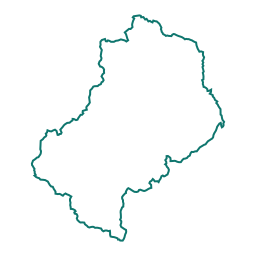 Pedras Altas, Rio Grande do Sul, Brazil (Albers equal-area conic projection)
{"feature_id": "56859067B17003984772313", "entity_name": "Pedras Altas", "entity_type": "district", "adm_level": 2, "iso_a3": "BRA", "parent_name": "Brazil", "parent_adm1": "Rio Grande do Sul", "projection": "albers", "projection_center": [-53.699, -31.846], "detail": "fine", "context": "isolated", "style": "outline", "palette": "teal", "viewbox_px": 256, "rotation_deg": 0, "n_neighbors": 0, "source": "geoboundaries", "source_scale": "gbopen_adm2", "svg_char_len": 5117}
<svg xmlns="http://www.w3.org/2000/svg" viewBox="0 0 256 256"><path d="M34.5,175.6L36.2,177.1L37.8,177.8L39.2,178.2L40.4,179.6L41.6,179.7L43.2,179.8L45.2,180.1L46.5,180.8L47.9,181.6L48.7,183.1L49.8,185.0L51.2,186.5L52.8,186.8L53.7,188.8L54.5,190.0L55.5,191.6L55.5,193.7L57.8,194.1L59.5,193.9L60.6,194.3L61.9,195.2L62.9,195.7L63.8,194.6L65.5,193.5L67.3,194.5L68.8,195.0L70.3,196.0L71.3,196.5L70.7,197.6L70.0,199.1L70.0,200.8L70.5,202.7L70.2,205.1L70.6,206.8L70.8,208.9L72.2,209.0L73.3,209.3L74.9,210.2L75.6,211.2L74.3,212.4L74.7,213.6L76.6,214.1L77.4,215.5L77.5,216.7L76.8,218.3L77.5,220.1L78.4,220.9L79.3,221.8L80.4,222.5L82.3,222.4L84.3,222.6L84.9,224.2L86.0,225.1L87.1,225.9L87.9,226.9L89.3,227.5L91.1,227.0L92.3,226.8L93.6,226.9L95.0,227.8L97.0,227.7L98.4,227.9L99.6,228.2L101.1,228.5L102.1,230.3L103.4,231.3L105.1,230.5L106.7,230.5L108.4,231.1L109.9,230.8L110.1,232.7L110.1,234.9L110.6,236.5L112.2,236.9L114.0,237.1L115.7,237.6L117.5,238.3L118.0,239.6L119.3,239.5L120.1,240.5L121.2,240.6L122.7,240.6L123.8,238.9L124.5,237.2L124.9,235.5L125.4,233.9L126.0,232.8L126.2,231.5L126.0,229.9L124.6,229.2L123.0,228.1L121.2,226.9L120.5,225.1L121.2,223.1L121.3,221.2L120.1,219.6L120.9,218.0L120.9,216.4L120.8,214.1L120.6,212.4L120.7,210.8L121.5,209.0L122.1,207.4L123.3,206.6L123.3,205.3L123.5,203.6L123.0,201.8L123.0,200.2L122.2,198.7L122.1,197.1L123.0,195.7L124.2,194.4L125.0,193.5L126.0,193.0L125.9,191.6L126.5,190.5L127.2,189.2L128.3,188.2L129.9,189.0L131.4,190.0L133.0,191.0L134.4,191.8L136.7,192.0L138.3,191.4L139.0,190.0L140.3,189.7L141.6,190.2L142.7,190.6L144.1,191.0L145.3,190.7L146.7,190.0L148.1,189.1L149.7,188.3L151.3,187.9L151.2,186.3L151.1,184.8L149.4,183.1L150.0,181.7L151.5,180.8L152.8,179.0L153.8,179.9L154.7,181.3L156.4,181.3L157.5,181.2L158.6,182.1L159.4,180.3L160.6,178.6L161.5,176.2L162.8,175.5L164.0,176.4L165.3,175.9L166.2,175.2L167.5,174.5L168.1,172.8L168.6,171.5L168.9,169.8L168.1,168.0L166.9,166.8L166.2,165.1L165.2,164.3L166.4,163.3L166.2,161.7L165.3,160.1L166.6,158.5L166.6,156.1L167.9,156.0L169.2,156.9L170.3,157.8L170.6,159.4L170.5,161.1L172.9,161.0L174.4,160.8L175.6,161.0L176.8,161.6L178.5,162.1L179.8,162.2L180.9,162.1L182.2,160.2L183.6,158.8L185.2,158.6L187.1,157.9L188.0,156.6L189.8,155.6L190.5,153.4L191.6,151.9L193.3,152.0L195.3,151.3L196.8,151.3L199.8,147.4L204.1,144.8L205.6,144.3L206.8,142.6L208.1,141.1L209.6,140.2L210.9,139.3L212.1,138.6L213.1,137.3L213.5,135.0L214.3,133.2L215.1,131.9L215.9,130.6L216.6,128.7L217.2,126.7L218.2,125.3L219.4,123.6L220.7,122.9L221.1,124.6L221.3,125.9L221.9,127.3L223.1,126.4L223.6,125.1L223.3,123.5L224.1,121.9L222.5,119.8L222.0,118.0L221.6,115.5L220.6,114.6L220.5,109.1L219.5,107.8L218.4,106.1L217.8,104.7L216.3,103.0L217.3,101.5L215.0,99.9L214.2,97.9L212.8,96.5L212.8,95.2L211.4,94.4L209.8,93.7L211.0,92.0L211.1,89.7L209.0,90.9L207.5,91.0L207.3,89.2L206.3,88.1L204.8,87.2L203.6,86.9L203.3,85.3L202.8,84.1L203.0,82.2L202.1,80.1L203.4,79.4L203.5,76.3L203.2,74.3L202.8,72.8L203.7,71.6L203.0,68.8L202.5,67.0L203.4,65.8L202.5,64.2L203.3,62.5L202.4,60.9L203.4,59.5L204.1,57.2L203.3,56.0L202.9,54.7L203.1,52.1L201.1,51.4L199.4,51.7L198.4,49.9L197.7,48.7L197.1,47.0L196.5,45.3L196.1,42.5L194.8,42.0L193.4,41.3L192.0,40.4L190.3,39.8L188.7,39.1L187.4,39.1L186.1,38.9L184.9,39.3L183.5,38.1L181.8,37.1L180.4,36.6L178.5,36.0L176.6,35.2L174.7,34.2L173.6,34.0L172.3,34.7L171.4,36.1L170.0,36.0L168.7,35.9L167.2,35.5L165.9,35.9L165.0,35.1L163.1,34.1L162.5,32.8L161.7,31.8L161.4,30.3L160.9,29.1L161.4,27.7L160.4,25.7L159.3,23.7L156.7,21.4L155.5,21.3L153.3,20.6L152.5,22.4L151.0,21.7L149.9,20.9L148.4,21.4L146.6,18.9L145.2,19.5L143.4,17.1L141.2,17.3L140.8,15.8L139.4,15.4L136.1,15.9L133.6,16.3L132.8,17.4L134.2,18.5L133.0,21.1L132.3,23.6L132.1,24.9L132.5,27.1L130.6,29.0L129.0,28.9L124.8,32.4L126.0,34.1L127.5,39.1L128.1,40.3L126.4,41.5L124.7,40.4L122.4,39.8L120.9,39.4L118.1,40.5L115.8,40.8L113.9,41.8L112.4,41.8L111.0,41.8L109.5,40.9L107.9,40.4L107.0,41.4L105.8,41.2L105.0,39.0L103.1,39.6L101.9,40.0L100.5,41.6L100.4,43.0L100.6,44.7L100.0,46.8L101.8,50.0L101.3,52.2L100.7,56.0L101.5,58.1L101.1,59.9L99.5,61.5L98.7,63.8L100.2,66.6L101.3,66.7L102.3,67.3L103.4,68.3L104.1,69.7L103.9,71.0L104.1,73.0L102.6,74.3L101.5,76.4L103.1,78.8L103.6,80.2L102.7,81.7L101.6,82.2L100.8,84.2L99.0,84.9L97.7,86.1L94.7,86.2L93.3,86.6L92.0,88.6L90.2,90.4L90.1,94.6L89.1,97.3L89.8,102.6L88.4,104.7L86.6,106.6L86.3,107.9L86.8,109.7L85.3,110.1L82.8,110.9L82.6,112.5L83.3,113.4L82.0,114.8L80.6,114.8L79.5,116.4L78.4,117.9L77.5,119.7L76.0,120.1L73.8,119.0L72.6,118.9L72.5,120.4L70.8,121.6L69.6,122.7L67.2,122.9L65.0,124.3L63.7,125.5L62.9,126.7L60.3,129.7L61.6,132.6L60.9,133.9L59.5,134.0L58.7,134.9L57.6,134.9L57.2,133.3L56.5,130.9L55.0,129.7L53.2,130.4L51.4,131.4L49.8,131.2L47.5,130.3L47.0,132.5L45.8,133.6L46.4,135.2L45.8,136.4L44.5,137.2L43.6,138.2L42.9,139.2L41.8,140.0L40.7,140.8L40.6,142.8L40.5,145.3L40.3,149.3L41.0,151.1L40.8,153.1L40.4,154.3L39.5,155.6L38.4,157.2L36.9,157.6L35.6,158.8L34.4,159.7L33.0,160.6L32.5,162.1L31.9,163.5L32.1,165.2L32.9,166.2L33.6,167.6L34.5,168.8L34.1,170.3L34.7,171.4L34.7,173.2L35.7,174.9L34.5,175.6Z" fill="none" stroke="#0f766e" stroke-width="2"/></svg>